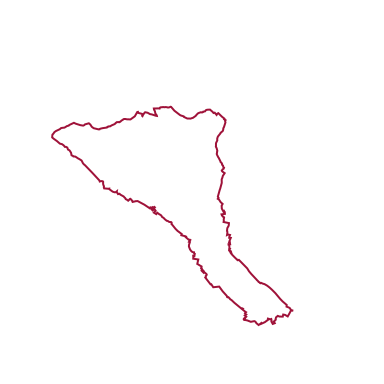 Carta, Harghita, Romania, rotated 32°
{"feature_id": "2599482B48066587484568", "entity_name": "Carta", "entity_type": "district", "adm_level": 2, "iso_a3": "ROU", "parent_name": "Romania", "parent_adm1": "Harghita", "projection": "equal_earth", "projection_center": [25.713, 46.564], "detail": "fine", "context": "isolated", "style": "outline", "palette": "rose", "viewbox_px": 384, "rotation_deg": 32, "n_neighbors": 0, "source": "geoboundaries", "source_scale": "gbopen_adm2", "svg_char_len": 6007}
<svg xmlns="http://www.w3.org/2000/svg" viewBox="0 0 384 384"><g transform="rotate(32 192 192)"><path d="M307.0,271.6L310.7,270.9L312.7,269.0L313.5,268.4L314.6,268.4L316.1,269.1L319.0,269.5L320.1,266.7L320.5,267.2L322.8,263.7L323.2,262.6L324.4,259.7L323.6,259.4L323.5,259.1L325.8,258.5L326.5,257.7L327.4,258.6L328.0,259.8L330.4,261.1L331.7,259.4L330.0,258.5L330.1,258.1L330.4,257.5L330.5,256.6L330.7,255.9L330.2,255.3L329.7,253.8L330.4,251.6L332.1,251.3L335.0,249.6L334.3,247.6L336.1,246.9L339.1,246.8L339.0,243.6L338.7,240.0L339.7,239.6L340.7,239.0L338.5,239.6L337.9,239.4L337.3,239.0L336.3,238.6L335.1,238.7L332.9,239.1L332.2,237.6L326.9,236.8L323.3,235.9L316.3,233.6L311.6,232.5L308.3,231.9L305.3,231.6L302.3,231.7L300.6,232.2L298.9,232.4L298.4,233.1L297.6,233.1L297.1,232.8L296.2,233.0L295.3,232.6L293.7,232.3L293.6,232.2L285.7,230.1L282.3,229.0L279.3,227.5L267.7,224.7L267.1,225.5L266.6,225.4L266.5,225.6L262.4,224.7L259.2,223.9L257.7,223.4L257.8,223.1L256.9,222.9L257.0,222.3L256.6,222.1L256.5,222.3L256.3,222.3L256.3,222.2L256.0,222.2L256.1,221.7L255.7,221.7L255.7,222.1L254.4,221.9L254.1,221.3L254.3,221.2L254.2,220.7L253.9,220.7L254.3,220.5L254.3,220.0L252.7,220.0L253.5,219.7L252.5,218.4L251.5,217.0L250.9,217.3L250.7,217.0L251.5,216.6L251.3,216.3L251.9,216.0L251.6,215.7L250.7,214.5L250.1,214.8L249.7,213.3L249.2,210.4L247.8,211.1L247.3,209.9L247.0,208.3L245.1,208.9L244.5,209.9L243.6,207.8L242.7,206.6L242.3,206.5L241.1,203.9L241.0,202.7L241.1,202.1L240.8,200.7L239.8,198.8L234.7,200.7L234.3,199.7L233.3,198.2L232.8,196.7L232.3,196.4L231.6,196.6L231.0,196.3L229.9,196.1L228.9,195.3L231.5,193.1L230.6,191.9L230.2,192.3L229.3,191.3L229.1,191.7L228.8,191.4L228.6,191.7L226.1,190.3L224.4,187.9L224.3,185.9L221.6,185.4L218.9,184.1L217.5,184.1L217.6,182.9L216.4,182.3L214.4,175.5L214.1,174.1L212.4,168.5L210.5,165.6L210.1,163.5L209.6,162.0L209.7,158.7L207.3,158.6L206.2,158.3L205.9,158.0L206.1,157.6L205.9,156.8L206.5,155.3L206.2,154.9L206.2,154.4L205.4,154.3L204.3,153.2L203.0,152.9L202.7,152.3L202.0,151.8L200.3,151.4L200.1,151.1L196.6,148.9L196.0,148.7L193.2,147.0L192.7,146.4L192.5,145.5L192.0,144.9L191.7,143.7L189.7,141.8L188.2,140.9L188.1,140.5L186.7,138.3L186.4,137.5L186.1,134.8L185.2,133.6L184.7,132.0L184.6,131.0L185.0,127.6L184.9,126.7L185.1,126.4L185.1,125.9L185.7,124.3L185.7,123.5L185.3,122.3L184.8,121.4L184.7,120.0L183.5,115.3L182.4,114.2L182.4,113.3L180.7,113.3L180.6,112.6L177.7,112.3L172.5,111.2L172.0,112.1L172.0,113.6L169.2,112.7L168.4,113.6L166.9,113.1L163.6,112.6L161.4,114.1L160.8,114.7L160.4,115.4L160.3,116.7L158.9,118.0L159.0,118.4L158.3,119.3L157.3,119.6L156.0,121.2L155.4,122.1L154.9,124.3L154.8,125.5L153.5,128.6L152.6,129.6L151.9,130.5L149.0,132.2L145.4,132.6L145.2,132.3L144.7,132.3L142.0,133.0L141.1,133.1L134.0,132.4L129.2,130.9L128.6,131.1L128.0,132.1L126.9,133.1L125.8,133.4L124.4,134.1L123.6,134.8L122.4,135.3L121.6,136.1L120.8,136.5L120.1,137.5L120.3,138.4L119.5,138.7L115.4,141.4L116.2,142.3L117.8,143.2L119.3,144.8L121.5,145.7L121.9,146.1L120.9,146.5L116.8,147.5L115.1,148.2L112.4,148.3L110.0,149.2L109.8,149.8L109.6,152.4L109.8,153.9L109.3,153.8L109.0,152.6L108.7,152.3L108.3,152.2L104.2,153.5L104.2,153.2L103.7,152.7L103.2,153.2L103.4,158.1L101.4,163.0L98.4,164.8L96.8,165.4L95.7,166.1L95.2,166.8L95.0,167.7L94.4,168.6L94.0,170.2L93.5,171.2L93.1,171.2L92.7,171.7L91.3,172.5L90.7,173.9L90.8,174.1L90.4,175.4L88.6,178.0L87.7,179.8L86.8,180.3L86.1,181.1L85.8,181.5L86.0,181.8L85.6,182.5L82.4,185.2L80.8,186.8L80.2,187.6L80.3,187.9L79.6,188.4L74.8,190.0L72.4,189.8L70.1,188.7L68.1,188.4L65.4,191.4L65.2,192.4L64.5,193.4L61.8,194.5L57.1,195.7L55.2,195.9L52.4,200.2L52.3,201.0L51.0,202.4L49.8,204.9L47.8,206.5L47.1,207.2L46.6,208.8L44.3,212.4L43.6,214.1L43.5,216.3L43.3,216.9L43.3,217.5L44.5,219.8L46.2,220.1L50.6,220.4L54.3,221.0L56.5,220.3L58.7,220.5L60.2,221.1L61.2,220.5L62.7,220.4L64.3,221.7L65.6,221.6L66.3,221.7L68.6,222.8L70.4,224.7L72.1,224.5L72.6,224.7L74.0,223.9L74.7,223.8L77.9,223.9L78.6,223.8L81.5,223.8L82.2,224.1L84.1,225.3L85.5,225.8L87.1,226.0L97.1,228.5L107.4,231.3L108.2,232.0L108.9,231.2L109.8,230.5L110.8,230.2L111.2,230.4L112.3,232.2L113.0,232.9L114.0,233.6L114.3,233.8L114.7,234.7L115.6,235.5L119.3,233.6L120.0,233.0L120.2,233.4L123.8,233.7L124.9,233.7L126.9,233.1L127.6,232.2L127.9,231.3L128.2,232.0L128.7,232.3L129.4,232.4L130.4,233.0L131.5,231.9L132.7,232.2L136.4,232.0L137.6,232.4L138.5,232.5L139.6,233.2L140.5,233.0L142.5,233.2L142.8,232.1L142.9,231.1L143.2,230.5L144.6,230.6L145.2,231.0L146.2,231.2L146.5,231.7L146.9,231.9L148.8,230.0L148.9,229.8L150.7,228.5L158.3,228.0L164.7,228.2L164.8,227.2L165.6,227.3L166.4,225.9L167.1,226.2L167.9,224.6L168.5,224.7L167.0,228.1L168.4,228.5L169.1,226.3L169.5,226.5L171.1,227.2L170.6,229.7L173.4,229.7L173.5,228.0L176.0,228.2L177.7,228.1L178.8,228.4L179.8,229.0L181.6,229.0L183.4,229.5L185.9,229.8L186.2,229.6L186.9,229.4L188.1,229.5L188.9,229.3L190.2,228.6L190.5,228.6L191.0,229.1L191.3,229.1L191.7,230.1L192.7,230.3L197.6,232.0L200.6,232.7L201.2,232.7L205.6,233.1L205.9,234.3L210.0,233.0L210.6,233.0L210.6,233.6L215.7,234.4L215.7,233.6L216.0,233.6L215.9,235.9L216.8,235.7L217.5,238.5L218.3,239.9L220.7,241.7L222.3,242.4L224.0,242.7L225.2,242.4L225.7,242.1L226.7,243.3L226.9,243.4L227.2,243.2L228.0,245.1L226.9,245.5L227.8,246.8L228.4,247.9L233.1,245.9L234.6,250.2L239.6,250.1L240.0,251.4L240.5,251.5L240.4,252.0L243.4,252.8L243.2,253.1L242.1,252.8L242.0,253.0L243.1,253.4L242.6,253.8L244.7,254.3L244.8,253.5L245.0,253.5L247.7,253.9L248.3,254.3L248.4,254.9L248.2,256.1L248.8,256.8L248.6,257.5L256.7,260.5L257.2,260.0L260.5,261.5L265.2,257.8L270.7,260.0L276.0,261.5L276.8,261.8L277.2,262.3L277.6,262.5L278.3,262.3L278.6,261.9L280.6,262.4L281.2,262.7L282.8,262.7L286.7,263.5L295.8,264.7L296.0,264.1L296.9,264.0L296.7,264.8L300.6,265.3L301.5,265.3L301.2,266.8L302.5,267.2L302.8,267.2L302.2,268.7L304.1,269.0L303.8,270.2L303.9,270.7L303.5,270.8L303.5,271.2L303.1,271.8L303.2,272.4L303.4,272.6L304.1,272.7L304.2,272.8L304.8,272.4L307.0,271.6Z" fill="none" stroke="#9f1239" stroke-width="2"/></g></svg>